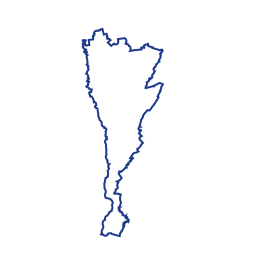 outline of Omealca, Veracruz, Mexico, rotated 255°
{"feature_id": "50627088B94853796766823", "entity_name": "Omealca", "entity_type": "district", "adm_level": 2, "iso_a3": "MEX", "parent_name": "Mexico", "parent_adm1": "Veracruz", "projection": "natural_earth1", "projection_center": [-96.739, 18.709], "detail": "fine", "context": "isolated", "style": "outline", "palette": "blue", "viewbox_px": 256, "rotation_deg": 255, "n_neighbors": 0, "source": "geoboundaries", "source_scale": "gbopen_adm2", "svg_char_len": 5849}
<svg xmlns="http://www.w3.org/2000/svg" viewBox="0 0 256 256"><g transform="rotate(255 128 128)"><path d="M194.3,181.5L195.0,181.0L194.9,178.9L199.0,172.4L199.2,172.6L199.7,172.6L200.9,170.3L202.2,168.6L203.1,169.0L204.1,169.1L203.8,165.7L203.6,164.9L203.3,164.7L203.2,165.1L201.3,164.3L202.3,162.6L201.2,162.0L201.6,161.3L200.4,161.2L201.6,153.7L201.9,149.9L203.1,150.9L206.0,151.2L206.8,150.2L208.0,150.0L209.2,149.3L209.3,148.4L210.0,147.5L211.0,148.1L211.6,148.8L212.9,149.0L214.0,149.1L215.6,148.1L216.5,141.3L213.5,140.9L212.4,140.1L211.7,139.2L212.2,136.9L213.1,136.3L211.7,133.0L215.9,130.6L217.4,133.9L218.8,133.1L219.6,131.0L220.4,131.0L220.5,131.4L221.4,131.3L221.4,131.7L224.5,131.7L224.4,128.9L230.3,128.9L230.3,127.0L229.8,126.7L229.6,124.8L230.0,124.8L230.0,121.1L229.7,120.8L228.5,119.6L227.7,120.1L227.0,119.9L227.0,119.4L226.7,119.2L225.9,118.9L226.0,118.0L224.6,117.6L223.1,117.5L222.6,117.2L223.2,112.9L218.2,112.1L218.6,108.5L220.1,108.4L220.1,107.3L223.5,109.9L224.5,107.9L224.5,107.3L223.6,106.8L223.0,107.8L222.6,107.9L221.2,106.1L219.2,105.8L218.3,105.9L217.9,105.3L217.5,105.2L215.3,106.5L215.0,107.3L214.6,107.7L213.0,105.2L212.7,105.3L212.8,107.3L212.3,108.0L211.8,107.9L211.3,106.6L210.8,106.3L210.2,106.4L209.5,107.6L209.0,107.9L208.4,107.1L207.3,106.4L205.2,106.2L203.6,106.3L201.4,105.6L200.3,105.6L200.0,104.6L199.7,104.4L198.0,105.7L197.8,105.8L196.8,104.9L194.7,105.1L193.5,103.5L192.4,102.8L191.3,101.7L190.7,102.4L188.9,103.0L188.0,102.9L186.9,102.1L186.2,103.1L185.3,102.7L184.4,100.9L183.9,100.6L183.2,102.2L182.5,102.4L181.6,100.8L181.1,100.6L180.0,100.8L179.4,100.1L179.0,98.5L178.7,98.5L176.9,100.5L175.5,100.8L174.7,102.9L173.5,102.5L172.2,101.6L172.7,100.3L172.2,99.7L171.0,99.4L169.7,99.9L168.6,99.5L168.0,99.9L167.9,100.9L166.5,101.5L163.4,102.1L162.3,101.6L161.6,101.6L161.5,102.7L160.6,103.4L158.3,103.4L158.1,102.4L157.0,101.5L156.1,101.9L155.1,103.3L154.1,103.5L150.9,103.0L149.7,103.1L147.2,102.3L145.6,102.7L142.9,102.7L142.0,103.4L140.2,104.0L137.2,103.4L135.8,104.3L135.4,105.2L134.2,105.0L133.5,106.5L133.2,106.8L132.5,106.8L131.4,106.2L130.7,105.5L129.3,105.4L128.1,104.8L126.6,104.5L126.5,104.2L126.2,104.1L124.8,105.2L124.3,104.9L124.1,104.2L123.8,104.2L122.8,104.9L122.0,103.0L121.0,102.2L119.4,102.2L118.3,102.5L117.1,102.4L115.3,101.8L113.4,101.7L109.6,100.5L108.2,100.4L107.3,100.0L106.6,99.3L105.7,99.0L102.8,99.4L102.0,99.9L100.7,99.2L99.7,99.4L98.0,99.8L97.9,100.6L96.1,98.8L93.7,99.2L91.9,97.3L89.6,97.1L88.7,96.9L87.0,96.0L86.6,96.1L85.9,95.5L85.9,94.6L85.4,93.2L84.6,93.1L83.2,92.1L81.5,91.6L80.9,90.9L75.8,89.7L74.1,90.2L72.0,90.0L68.9,88.2L67.3,88.2L66.4,88.4L65.8,89.2L65.2,90.6L64.2,92.2L61.9,93.8L59.8,94.0L57.7,92.6L54.6,92.3L53.6,91.3L52.3,90.9L51.6,88.8L51.7,88.3L50.6,87.6L48.7,85.2L48.2,83.4L46.6,82.3L45.2,82.1L45.1,81.3L44.7,80.4L44.2,79.7L42.7,78.9L41.8,78.5L40.3,78.8L38.3,78.4L35.3,75.9L34.3,75.5L33.0,75.6L32.2,74.5L31.7,75.2L31.7,75.9L31.5,76.4L30.6,76.9L29.7,78.1L29.9,80.4L30.9,81.0L31.2,81.9L30.8,83.4L31.0,83.9L30.5,84.7L29.9,84.9L25.7,92.0L28.4,93.2L29.3,94.5L30.2,95.0L29.9,95.4L32.6,97.5L33.6,98.6L33.9,98.8L34.0,97.9L34.3,98.0L34.5,98.4L34.9,98.3L35.7,98.8L35.8,98.5L36.1,98.7L36.2,99.0L35.4,99.1L36.2,99.7L36.4,99.3L37.2,99.1L37.1,100.2L37.8,100.2L38.1,101.3L37.8,101.4L37.8,101.9L38.0,102.1L37.6,102.3L38.3,103.6L37.7,103.6L37.2,104.0L38.9,105.0L40.9,103.7L41.1,103.3L41.7,103.9L42.1,103.3L41.9,103.0L42.3,103.3L42.3,102.8L42.5,102.9L42.8,102.5L43.6,103.0L43.5,102.8L45.1,100.5L45.4,100.9L46.2,100.7L47.0,100.2L47.2,100.5L47.8,100.2L48.1,100.4L48.6,99.9L48.4,98.9L48.8,99.4L49.0,99.0L49.3,99.2L49.7,99.0L50.2,98.3L50.8,97.9L51.4,98.0L51.2,98.8L51.5,98.9L51.6,98.6L52.4,98.6L52.6,98.2L53.3,98.5L53.5,99.2L53.7,98.5L53.9,98.5L53.9,99.6L54.3,99.5L57.2,101.7L58.9,102.0L59.3,101.8L60.8,101.8L62.7,102.2L65.7,103.8L66.6,102.0L67.1,101.6L68.1,97.8L68.7,97.9L70.0,99.5L71.6,100.1L72.1,100.9L72.4,102.2L73.0,102.6L73.8,102.9L74.9,102.6L76.5,103.2L78.0,104.6L79.1,103.4L79.9,106.9L81.4,108.9L86.7,107.0L86.2,107.3L86.8,107.9L87.3,107.7L87.6,108.2L88.1,108.4L87.9,108.6L88.0,109.2L87.7,109.3L87.5,110.0L89.4,113.9L90.2,114.9L90.1,116.5L91.5,116.3L91.8,116.5L92.1,117.5L92.8,117.2L93.0,117.9L92.4,118.2L92.8,119.1L93.2,118.9L94.2,119.9L94.3,119.8L94.5,120.6L95.2,121.2L95.3,121.9L95.7,121.6L96.2,122.9L96.7,123.4L96.9,124.0L97.2,123.9L97.4,124.1L97.7,125.0L98.7,124.3L97.8,122.9L98.2,122.2L100.6,124.8L101.5,125.8L102.2,127.2L102.2,130.1L102.6,132.1L104.8,131.3L105.5,131.7L106.0,133.7L107.2,135.3L108.6,136.6L109.7,138.5L114.2,136.2L115.7,136.6L116.6,138.9L117.5,138.4L117.4,138.8L120.2,137.2L122.3,140.0L123.1,139.6L123.1,138.4L124.0,137.9L124.6,137.9L125.1,138.1L126.3,139.5L126.0,140.5L127.5,140.0L131.8,142.6L132.6,142.8L133.6,144.2L135.1,145.5L136.0,145.6L136.1,146.0L137.5,147.4L137.6,147.7L138.3,148.4L139.1,150.1L139.9,150.8L140.2,151.5L139.4,153.2L140.3,154.7L142.6,157.3L143.9,159.4L144.3,159.4L145.3,160.9L147.1,162.5L147.3,163.3L148.5,164.0L149.8,165.5L150.8,164.7L155.2,168.8L155.3,168.5L158.2,170.5L159.1,170.7L160.3,172.4L161.4,172.9L161.6,172.2L162.9,170.9L163.3,170.0L162.3,164.9L161.5,164.2L162.1,163.3L161.8,163.0L161.9,162.6L161.9,155.5L162.1,155.3L162.5,155.8L163.6,156.0L163.8,156.5L165.2,157.6L166.2,157.9L167.2,157.9L167.2,158.3L167.6,158.9L167.6,159.9L168.3,160.3L168.8,160.9L169.9,161.1L169.7,161.5L170.1,161.8L169.8,162.0L170.1,162.5L169.7,162.7L170.2,163.1L170.4,164.2L170.8,164.8L172.3,164.6L172.7,165.1L173.4,165.7L173.9,166.9L174.7,167.2L175.2,168.0L175.5,167.8L176.1,168.6L176.5,168.6L178.2,167.8L178.6,168.0L180.0,169.5L180.1,169.9L179.9,170.1L180.2,170.5L182.3,171.8L182.3,172.4L184.0,174.8L184.0,175.6L184.4,175.7L185.1,175.2L186.5,176.3L187.4,177.5L189.0,178.0L190.1,178.6L190.8,178.8L191.1,178.2L192.3,179.0L192.2,179.7L192.4,180.3L193.4,180.6L193.6,181.3L194.3,181.5Z" fill="none" stroke="#1e3a8a" stroke-width="2"/></g></svg>